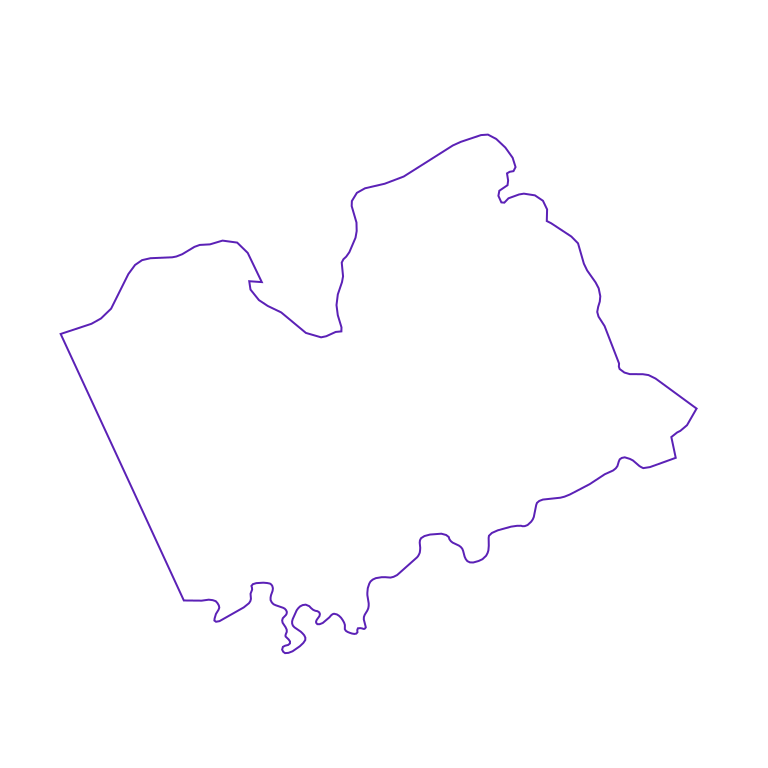 SVG path tracing the border of Gabú, rotated 245°
{"feature_id": "GNB-777", "entity_name": "Gabú", "entity_type": "Region", "adm_level": 1, "iso_a3": "GNB", "parent_name": "Guinea-Bissau", "parent_adm1": "", "projection": "albers", "projection_center": [-14.296, 12.118], "detail": "fine", "context": "isolated", "style": "outline", "palette": "violet", "viewbox_px": 768, "rotation_deg": 245, "n_neighbors": 0, "source": "natural_earth", "source_scale": "10m", "svg_char_len": 3886}
<svg xmlns="http://www.w3.org/2000/svg" viewBox="0 0 768 768"><g transform="rotate(245 384 384)"><path d="M582.1,298.4L574.2,310.7L560.4,315.9L528.0,316.3L534.1,305.3L526.0,302.9L512.9,306.1L503.9,311.6L492.3,321.1L463.3,334.8L452.9,346.7L451.7,351.8L451.6,362.2L449.7,367.6L453.3,369.4L465.9,371.2L475.6,374.3L484.7,380.0L494.1,389.0L498.9,392.4L511.9,397.0L514.2,399.9L515.4,403.6L518.1,408.3L528.6,420.0L534.2,423.9L542.0,427.3L558.9,429.9L563.4,432.2L568.7,440.2L569.4,449.5L565.2,469.3L563.7,489.6L571.1,547.2L571.0,556.0L568.6,577.1L566.1,583.6L558.6,589.3L547.0,593.9L534.7,596.2L525.0,594.9L522.2,591.3L523.2,587.6L522.9,584.5L516.0,582.5L512.0,580.0L510.4,570.2L506.2,567.2L499.0,567.1L497.5,569.7L499.7,575.3L498.7,586.5L497.4,591.2L491.2,600.5L482.9,605.5L473.3,605.6L462.9,600.4L459.1,603.4L438.5,616.1L429.5,619.3L408.6,616.0L401.0,616.1L386.6,618.7L380.0,619.0L372.1,617.1L367.5,614.4L363.4,610.7L359.2,607.7L354.4,606.9L343.3,608.4L303.2,605.7L300.5,604.2L298.0,603.9L292.8,606.7L289.1,610.9L283.5,622.7L280.3,627.5L274.2,632.4L229.6,656.9L229.5,656.7L218.6,641.2L216.3,632.7L216.2,629.2L214.5,622.0L193.8,617.2L196.3,589.9L198.2,583.4L199.8,582.1L201.7,580.8L209.5,577.3L212.2,575.2L215.8,571.2L216.5,568.3L216.1,565.8L214.5,564.0L211.0,560.9L209.6,558.4L208.8,555.1L208.9,545.9L206.3,528.0L205.3,505.7L205.6,500.0L206.4,495.8L212.1,479.2L212.4,475.3L211.6,472.4L210.0,470.8L200.2,463.6L198.4,461.6L197.0,459.2L195.5,454.5L195.7,451.5L196.6,449.4L197.6,448.3L199.2,444.8L201.0,438.9L203.3,425.3L203.4,418.8L202.1,415.0L200.3,413.8L193.1,410.6L189.1,408.3L187.1,406.5L185.2,404.0L183.6,399.2L183.6,395.0L184.5,389.5L186.0,386.5L188.2,384.7L190.7,384.1L193.4,384.1L199.4,385.2L201.7,385.3L203.9,384.7L205.9,383.6L211.2,379.2L213.2,378.2L215.6,377.7L218.0,378.0L220.9,376.5L224.1,372.7L228.1,362.1L229.1,356.4L228.6,352.4L227.1,350.5L225.1,349.3L220.2,347.6L218.0,346.4L216.0,345.1L214.6,343.5L213.6,342.1L212.9,340.6L205.3,315.1L205.2,311.2L205.8,308.1L208.5,303.3L209.9,300.2L211.5,294.5L211.5,291.1L210.7,288.3L209.3,286.3L205.8,283.0L201.7,280.6L199.7,279.7L191.6,277.4L189.3,276.3L187.3,274.9L185.7,273.1L183.0,269.0L181.3,267.3L179.2,266.2L171.2,264.7L170.5,263.6L170.4,262.5L170.8,261.8L171.7,260.9L172.8,259.3L173.6,257.1L172.3,255.8L170.2,255.0L169.5,253.4L170.0,251.5L171.4,249.5L173.0,247.8L174.7,246.2L176.5,245.1L178.4,244.9L182.1,246.7L184.6,247.0L187.4,246.8L190.3,246.3L192.9,245.3L195.1,243.9L196.9,241.6L197.1,240.1L196.7,238.3L195.6,235.9L193.3,227.5L193.5,224.1L194.5,222.1L196.3,221.6L197.5,222.1L198.7,223.4L200.9,227.4L202.6,228.7L204.4,228.8L206.2,227.7L207.5,225.9L209.2,224.4L211.7,223.2L214.2,222.4L217.1,219.8L218.0,216.9L217.9,213.9L217.0,211.4L215.8,209.2L209.5,201.9L207.7,200.4L205.7,199.5L203.5,199.3L201.3,200.0L194.7,203.9L192.4,204.8L190.0,205.5L187.3,205.5L185.2,204.4L183.4,201.4L181.9,196.9L180.4,188.2L180.7,183.8L181.9,180.6L183.9,179.5L186.3,179.4L188.5,181.3L188.6,183.8L188.0,186.9L188.6,189.1L190.4,190.0L192.8,189.6L196.7,188.1L197.7,188.4L199.0,189.5L200.4,191.1L202.5,192.0L205.2,192.0L210.5,191.2L212.8,191.8L214.5,193.3L216.1,197.5L216.9,198.6L218.4,199.6L220.3,199.7L222.3,199.1L223.8,198.0L229.3,192.3L231.1,190.8L233.4,190.0L236.1,189.9L238.3,190.9L240.3,192.3L243.5,195.5L245.0,196.5L245.9,197.0L248.1,197.4L249.5,197.2L250.3,196.9L251.3,196.3L253.0,194.0L254.9,190.7L257.5,184.1L258.0,180.6L257.0,178.5L255.3,178.3L253.4,177.6L250.3,174.4L245.5,172.6L243.7,171.1L242.4,169.0L240.8,162.5L238.6,134.7L239.5,131.3L241.3,130.3L243.1,131.4L246.6,134.5L249.3,138.6L250.9,140.2L253.1,140.7L255.7,140.5L258.3,139.7L260.5,137.4L262.6,134.0L264.7,127.2L272.4,111.1L396.7,111.6L566.0,112.1L562.2,144.3L563.0,155.2L567.6,168.5L591.7,198.8L597.1,208.7L598.5,217.1L596.7,225.5L588.3,245.7L587.3,249.7L586.9,256.0L588.4,270.1L587.9,275.8L584.1,285.3L582.2,298.2L582.1,298.4Z" fill="none" stroke="#5b21b6" stroke-width="2"/></g></svg>